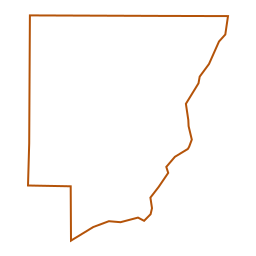 Peoria, Illinois, United States of America
{"feature_id": "52423323B20923999353099", "entity_name": "Peoria", "entity_type": "district", "adm_level": 2, "iso_a3": "USA", "parent_name": "United States of America", "parent_adm1": "Illinois", "projection": "albers", "projection_center": [-89.674, 40.744], "detail": "fine", "context": "isolated", "style": "outline", "palette": "amber", "viewbox_px": 256, "rotation_deg": 0, "n_neighbors": 0, "source": "geoboundaries", "source_scale": "gbopen_adm2", "svg_char_len": 496}
<svg xmlns="http://www.w3.org/2000/svg" viewBox="0 0 256 256"><path d="M29.2,143.3L28.0,185.5L70.7,186.3L71.0,240.6L93.3,227.0L108.9,221.2L120.5,222.2L138.0,217.6L144.1,220.8L150.6,214.2L152.0,208.2L150.4,197.6L158.6,187.0L168.2,172.9L166.3,166.9L174.9,156.8L187.9,148.9L189.1,146.8L189.3,146.3L191.8,139.6L188.6,126.2L188.3,120.0L185.9,103.8L198.5,83.3L199.7,76.6L209.0,64.0L219.0,41.5L225.3,34.5L228.0,16.1L157.6,15.9L29.9,15.4L29.2,143.3Z" fill="none" stroke="#b45309" stroke-width="2"/></svg>